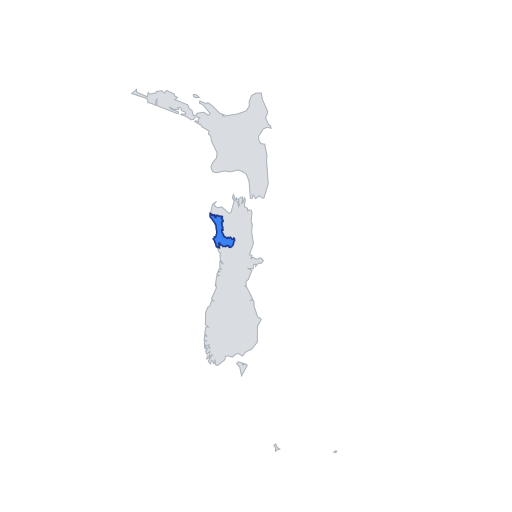 location of Buller District, West Coast, New Zealand, rotated 323°
{"feature_id": "76426892B83106555775362", "entity_name": "Buller District", "entity_type": "district", "adm_level": 2, "iso_a3": "NZL", "parent_name": "New Zealand", "parent_adm1": "West Coast", "projection": "orthographic", "projection_center": [171.97, -41.649], "detail": "fine", "context": "in_parent", "style": "filled", "palette": "blue", "viewbox_px": 512, "rotation_deg": 323, "n_neighbors": 0, "source": "geoboundaries", "source_scale": "gbopen_adm2", "svg_char_len": 8559}
<svg xmlns="http://www.w3.org/2000/svg" viewBox="0 0 512 512"><g transform="rotate(323 256 256)"><path d="M260.2,205.9L262.2,206.1L271.0,199.5L274.6,198.1L275.5,198.0L273.6,200.0L274.0,201.4L271.9,206.0L273.6,205.3L274.7,202.1L275.8,201.5L275.4,199.7L280.6,200.4L278.8,203.6L276.0,205.4L277.7,205.6L281.7,202.4L281.6,204.3L276.4,209.6L277.9,212.7L276.5,215.1L278.0,214.8L279.8,216.8L278.6,219.2L273.0,225.4L272.1,228.6L267.0,234.1L261.5,244.4L251.5,251.0L253.3,252.9L249.9,255.4L252.6,254.9L254.4,259.0L258.8,260.3L259.1,264.1L256.2,265.1L253.5,263.3L249.4,264.0L250.8,262.4L249.1,261.3L246.0,264.5L241.8,260.7L244.1,265.1L235.6,270.1L232.1,270.6L230.9,273.3L228.9,273.5L230.0,274.4L227.5,288.2L225.1,288.2L227.3,289.7L227.0,291.1L224.2,295.1L220.6,305.8L222.0,308.2L221.9,310.0L215.0,312.8L205.1,325.7L196.0,327.8L190.8,326.5L184.8,327.6L183.7,324.1L181.6,322.2L176.2,322.6L173.5,318.8L171.2,317.9L168.6,320.1L160.2,320.3L158.6,319.7L158.2,318.3L161.1,314.1L158.3,316.5L157.1,316.3L158.2,314.4L157.9,312.8L154.5,314.7L154.6,311.2L162.1,308.5L159.1,308.4L158.8,307.2L161.7,304.4L157.7,305.0L158.2,301.9L160.4,301.7L159.5,299.6L164.1,301.6L163.4,299.5L165.2,298.8L161.9,297.4L161.7,295.2L163.2,293.5L165.4,294.0L163.8,292.2L167.4,288.2L168.5,291.1L168.6,286.8L173.2,282.6L175.3,284.1L174.2,280.4L182.0,270.6L186.6,267.9L189.1,268.2L193.2,265.2L195.1,266.2L194.3,264.2L194.9,263.2L205.6,257.4L205.6,255.7L206.8,255.3L205.9,254.9L212.1,248.8L214.7,249.2L213.1,247.5L215.7,245.9L218.2,247.1L216.7,245.2L219.1,244.1L220.2,245.6L220.3,243.3L224.0,238.5L224.8,242.3L225.2,241.8L225.0,238.0L227.7,233.5L229.7,232.6L228.7,231.3L232.5,217.5L236.7,215.8L240.3,211.7L242.8,204.0L243.6,198.3L245.9,194.0L252.3,188.6L257.5,188.6L253.8,189.2L253.3,192.0L254.4,194.4L258.2,196.1L260.2,205.9ZM259.3,53.4L265.1,63.5L268.2,60.5L268.6,62.8L274.4,65.6L275.5,64.7L280.3,67.4L280.9,71.0L284.2,69.9L288.2,77.5L287.5,79.5L288.7,82.2L285.3,82.3L292.4,94.1L291.4,98.2L292.5,100.9L290.6,106.1L293.7,107.7L294.8,106.5L301.0,109.9L302.4,114.8L305.2,114.7L304.6,103.1L302.9,100.1L304.3,98.3L308.1,104.6L309.8,104.4L311.4,109.5L313.0,120.4L315.4,123.9L314.0,123.3L313.7,124.2L315.0,125.2L326.5,131.4L335.4,134.2L340.6,132.4L343.8,128.3L349.1,125.2L353.8,125.8L358.3,129.0L355.3,134.9L352.2,148.0L346.8,151.5L345.2,158.2L346.0,161.0L344.8,163.1L342.9,160.1L338.3,158.9L330.3,161.8L328.0,165.0L327.5,169.2L330.3,172.0L325.0,182.7L322.2,185.7L309.1,205.9L297.3,214.4L295.8,213.5L295.0,209.9L290.2,209.9L290.6,205.8L290.1,205.3L288.1,207.6L286.1,206.7L295.6,191.9L297.5,184.4L295.9,180.4L293.5,176.6L285.9,173.2L282.3,169.3L275.1,166.0L273.0,164.1L272.2,161.7L273.7,157.6L277.7,155.3L283.5,153.9L287.1,150.0L289.6,137.4L292.0,132.8L291.4,129.9L293.7,128.0L290.4,119.8L291.1,117.3L290.1,117.0L288.0,111.8L289.3,111.6L290.6,114.5L291.9,112.2L294.2,111.7L291.7,108.4L288.4,109.3L286.1,108.2L284.5,103.3L281.1,97.9L282.2,97.8L285.0,100.5L286.0,98.5L284.2,95.4L285.0,92.3L282.8,90.5L282.5,92.4L278.5,89.5L276.4,84.6L276.4,87.1L280.8,94.2L279.5,95.6L278.8,94.9L267.3,76.2L271.3,71.2L268.9,72.1L266.7,75.2L265.5,73.9L264.8,71.6L261.9,68.5L263.3,66.7L263.4,64.2L254.5,51.5L260.8,51.0L259.3,53.4ZM178.3,329.9L181.5,334.5L179.9,334.2L179.9,335.2L183.0,336.1L183.1,338.2L172.3,343.0L176.2,334.8L175.7,330.2L178.3,329.9ZM157.7,421.7L158.8,424.6L155.4,423.3L153.7,424.1L156.1,421.0L156.3,417.9L158.7,418.1L157.7,421.7ZM305.5,91.6L306.1,95.2L302.4,92.4L302.3,90.5L303.3,89.3L305.5,91.6ZM274.0,196.7L271.7,198.0L272.3,195.1L275.0,193.3L274.0,196.7ZM158.0,307.5L157.9,309.2L154.7,308.7L157.0,306.6L158.0,307.5ZM202.2,459.4L203.0,460.5L201.5,461.0L200.0,459.4L202.2,459.4ZM161.0,296.5L161.9,299.2L159.7,298.0L161.0,296.5Z" fill="#d9dde1" stroke="#a8b0b8" stroke-width="1"/><path d="M245.0,194.3L244.9,194.4L244.9,194.7L244.7,194.8L244.4,195.0L244.2,195.2L244.2,195.3L243.7,195.8L243.7,196.0L243.5,196.6L243.1,196.8L242.9,197.1L242.9,197.5L243.0,199.1L243.1,199.7L243.1,199.9L243.1,200.1L243.1,200.3L243.0,200.5L243.0,201.1L243.0,201.6L242.9,201.7L243.0,202.9L242.9,204.9L243.0,205.0L243.1,205.5L243.0,205.9L242.8,206.0L242.8,205.7L242.6,207.1L242.2,208.3L242.0,208.5L241.8,208.8L241.7,208.8L241.2,209.5L240.5,210.7L240.1,211.4L239.7,212.3L239.2,213.1L238.8,213.6L238.3,214.2L237.1,215.0L236.4,215.8L235.6,216.2L234.5,216.1L234.3,216.0L234.3,216.3L234.3,216.2L234.4,216.3L234.5,216.3L234.3,216.4L234.4,216.8L234.3,216.4L234.3,216.5L233.9,216.5L234.0,216.4L234.3,216.4L234.2,216.3L234.2,216.1L233.6,216.5L233.2,216.5L232.8,216.4L232.3,216.5L232.2,216.4L232.1,216.5L232.0,216.8L232.1,217.0L231.9,217.1L232.0,217.1L232.1,218.4L232.0,219.7L231.8,219.7L231.8,219.8L231.7,219.8L231.6,220.0L231.4,220.3L231.3,221.0L231.1,221.8L231.0,222.2L231.0,222.4L231.0,222.7L230.8,222.9L230.5,223.0L230.5,223.5L230.4,223.8L230.2,224.1L230.1,224.4L230.1,224.5L229.9,224.8L230.0,225.0L230.3,225.3L230.5,225.3L230.5,225.5L230.7,225.9L231.0,226.1L231.0,226.3L231.3,226.2L231.3,226.5L231.2,226.6L231.4,227.0L231.6,227.5L231.8,227.6L231.9,227.3L231.8,227.0L231.8,226.8L232.0,226.6L232.3,226.4L232.6,226.3L232.8,225.8L233.0,225.7L233.2,225.2L233.2,224.9L233.5,224.8L233.4,224.5L233.6,224.2L233.5,223.9L233.8,223.6L234.2,223.7L234.2,223.4L234.7,223.7L234.9,223.9L234.9,224.0L234.7,224.4L234.2,224.9L234.1,225.2L234.1,225.4L234.2,225.5L234.5,226.3L234.8,226.3L235.2,226.8L235.2,227.0L235.3,227.1L235.3,227.3L235.4,227.5L235.5,227.7L235.4,228.0L235.4,228.3L235.3,228.6L235.8,228.7L236.1,229.0L236.4,229.2L236.5,229.3L236.6,229.2L236.8,229.5L237.1,229.6L237.2,229.8L237.3,229.8L237.3,230.0L237.6,230.0L237.6,230.3L237.9,230.3L238.0,230.4L238.6,230.5L238.6,230.3L238.8,230.2L239.0,230.0L239.3,230.0L239.6,230.6L239.7,230.8L239.9,231.3L240.3,231.3L240.6,231.5L240.3,232.1L240.1,232.1L239.9,232.4L240.0,232.6L239.8,232.7L239.9,232.9L239.9,233.0L240.0,233.1L240.6,233.7L240.9,233.7L241.1,233.6L241.6,233.8L241.9,234.0L242.1,234.0L242.3,233.9L242.5,233.9L243.0,233.6L243.6,233.4L243.8,233.5L244.0,233.4L244.5,233.4L244.9,233.2L245.0,233.0L245.2,232.5L245.5,232.4L245.6,232.5L245.9,232.3L246.1,232.1L246.2,231.9L246.2,231.7L246.6,231.6L247.0,231.0L247.8,230.7L248.2,230.9L248.4,230.6L248.6,230.5L248.7,230.4L248.7,230.2L248.7,229.6L248.8,229.5L249.0,229.4L248.9,229.1L249.2,228.8L249.2,228.4L249.0,228.5L248.8,228.4L248.7,228.6L248.6,229.0L248.4,229.1L248.0,228.9L247.5,228.5L247.2,228.5L247.0,228.4L247.2,228.2L247.0,227.9L246.9,227.7L247.1,227.2L247.0,226.7L246.9,226.6L246.9,226.2L247.0,226.1L246.8,225.5L245.4,225.6L245.4,225.1L244.9,225.1L244.8,224.9L244.9,224.7L244.7,224.7L244.8,224.6L244.7,224.5L244.7,224.4L244.4,224.5L244.1,224.4L244.0,224.5L243.5,224.5L243.4,224.2L243.2,223.9L243.0,223.2L243.1,222.9L243.2,222.5L242.6,222.3L242.4,222.1L242.5,221.9L242.4,221.7L242.4,221.3L242.1,221.2L242.2,220.8L242.3,220.7L242.5,220.3L242.4,220.1L242.3,219.8L242.3,219.7L242.5,219.8L242.8,219.7L242.8,219.3L243.0,219.2L243.2,217.4L242.9,217.0L242.9,216.9L243.2,216.6L243.3,216.2L243.2,216.1L243.4,215.7L243.6,215.7L243.8,215.6L243.8,215.3L244.2,215.4L244.4,215.2L244.8,215.3L244.8,215.1L245.0,215.2L245.3,215.3L245.5,215.4L245.6,215.2L245.4,215.0L245.5,214.6L245.3,214.3L245.3,214.1L245.2,214.0L245.7,213.7L245.9,213.8L246.0,213.9L246.2,213.6L246.4,213.4L246.6,213.3L246.8,213.2L246.9,212.7L246.8,212.2L247.1,212.1L247.0,211.7L247.0,211.1L247.5,210.7L247.8,210.6L247.9,210.3L248.1,210.3L248.3,210.2L248.3,209.9L248.4,209.7L248.4,209.4L248.5,209.3L248.5,209.2L248.3,209.1L248.3,208.8L248.7,208.7L249.1,208.4L249.1,208.7L249.7,208.7L249.9,208.8L250.1,208.7L250.3,208.7L250.6,208.5L250.7,208.2L251.2,208.0L251.2,207.8L251.1,207.6L251.1,207.3L251.2,207.1L251.2,206.8L251.4,206.5L251.4,206.3L251.4,206.1L251.2,206.0L251.1,205.7L251.0,205.3L251.5,205.2L251.9,205.0L252.1,205.1L252.4,204.9L252.5,204.8L252.8,204.5L253.0,204.2L252.7,203.8L252.4,203.9L252.0,203.9L251.8,203.6L251.8,203.1L251.4,202.9L251.3,202.6L251.1,202.6L251.0,202.3L250.8,202.1L250.7,201.8L250.1,201.7L250.1,201.3L250.0,201.0L249.6,201.0L249.5,200.7L249.7,200.4L249.6,200.0L249.4,200.1L248.7,199.9L248.7,200.1L248.4,200.2L248.2,200.1L247.8,200.0L247.4,200.5L247.2,200.7L247.2,200.9L246.8,200.8L246.7,200.7L246.9,200.5L246.9,200.3L246.6,199.9L246.5,199.7L246.9,199.2L247.3,199.0L247.6,198.8L247.8,198.3L247.7,198.0L247.2,197.9L246.8,198.0L246.6,197.8L246.4,197.8L246.3,197.7L246.4,197.4L246.2,197.3L246.0,197.2L246.2,196.9L246.2,196.7L245.8,196.5L245.7,196.3L245.5,196.5L245.5,196.4L245.3,196.5L245.2,196.5L245.1,196.2L245.3,195.9L245.3,195.6L245.4,195.3L245.5,195.1L245.1,194.6L245.0,194.3ZM242.8,205.5L242.9,205.2L242.8,205.5Z" fill="#3b82f6" stroke="#1e3a8a" stroke-width="1.5"/></g></svg>